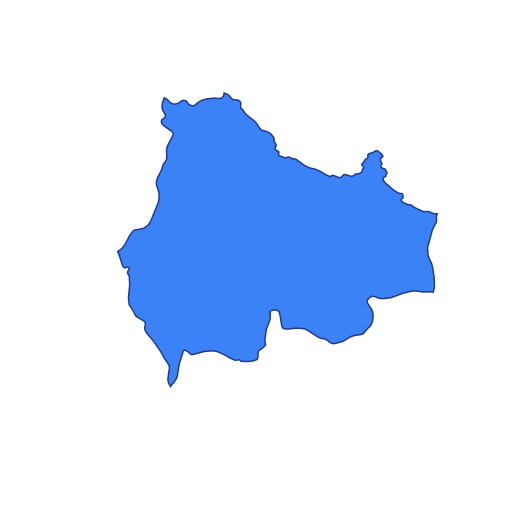 Ouham-Pendé, Mercator projection, rotated 305°
{"feature_id": "CAF-805", "entity_name": "Ouham-Pendé", "entity_type": "Prefecture", "adm_level": 1, "iso_a3": "CAF", "parent_name": "Central African Republic", "parent_adm1": "", "projection": "mercator", "projection_center": [16.39, 6.719], "detail": "fine", "context": "isolated", "style": "filled", "palette": "blue", "viewbox_px": 512, "rotation_deg": 305, "n_neighbors": 0, "source": "natural_earth", "source_scale": "10m", "svg_char_len": 5537}
<svg xmlns="http://www.w3.org/2000/svg" viewBox="0 0 512 512"><g transform="rotate(305 256 256)"><path d="M332.9,90.1L333.2,91.3L333.2,92.6L333.2,94.0L332.4,98.4L333.0,101.0L334.6,103.2L336.9,104.9L338.4,105.5L339.8,105.9L341.0,106.4L342.2,107.7L342.9,109.7L342.6,111.2L342.0,112.7L341.7,114.5L342.3,117.6L343.8,119.2L349.3,120.8L352.7,122.5L356.0,125.1L361.3,131.1L364.4,136.3L366.4,137.6L369.7,137.3L370.8,136.7L371.1,136.4L371.4,136.9L372.1,140.2L372.1,141.0L371.0,145.9L370.9,147.2L371.1,148.2L372.7,150.3L373.4,152.0L373.5,153.1L373.4,154.1L373.2,154.8L372.8,155.5L372.4,156.0L371.8,156.4L369.9,157.4L369.2,157.9L368.7,158.8L368.1,160.2L368.1,161.8L367.6,163.0L366.9,164.4L366.5,165.6L366.2,167.4L365.6,177.8L365.3,179.2L362.8,185.7L362.4,187.5L362.4,188.9L363.6,191.6L364.0,193.3L364.6,196.4L364.5,197.9L364.2,199.3L363.3,202.3L362.8,203.2L362.3,203.6L360.6,204.9L360.1,205.5L359.7,206.2L359.0,208.2L358.6,208.8L358.0,209.2L357.3,209.4L356.5,209.4L355.6,209.6L354.7,210.1L354.3,210.9L354.2,211.9L354.6,214.3L354.3,215.1L353.7,215.5L353.1,215.6L352.7,215.8L352.3,216.1L351.7,217.0L351.6,217.7L351.8,218.7L352.2,219.8L352.5,221.8L352.8,223.0L353.2,223.8L353.8,224.3L354.3,224.7L355.0,225.0L355.6,225.7L356.1,226.7L356.6,230.1L356.9,231.0L357.8,232.1L358.1,232.8L358.2,233.6L358.0,243.8L358.5,247.6L359.0,249.6L361.1,254.7L362.2,260.1L362.5,265.2L363.1,269.5L363.7,271.3L364.4,271.8L365.2,271.8L366.0,272.5L366.6,273.7L367.6,278.2L368.0,279.4L368.4,279.9L369.0,280.4L369.7,280.6L372.3,281.1L373.0,281.4L373.5,281.9L373.9,282.5L374.5,284.0L375.8,287.9L376.0,288.3L376.4,288.8L376.8,289.2L377.4,289.7L378.0,290.0L379.6,290.2L380.2,290.5L380.7,291.0L381.5,292.1L382.0,292.7L382.5,293.1L383.1,293.5L384.5,294.1L385.2,294.3L385.9,294.4L386.6,294.2L387.9,293.7L388.6,293.5L390.0,293.6L390.5,293.3L390.8,292.9L391.0,291.4L391.2,290.7L391.6,290.2L392.2,289.9L393.0,290.0L393.6,290.2L394.3,290.5L395.0,290.5L396.4,290.1L397.1,290.1L397.6,290.2L398.1,290.4L398.7,290.7L399.5,290.9L400.2,291.0L401.0,290.9L401.6,290.6L402.7,289.8L403.4,289.5L404.1,289.6L404.7,289.9L405.2,290.4L405.8,290.8L406.4,291.2L407.3,292.2L407.8,292.6L408.3,292.7L409.4,293.0L410.3,293.4L411.0,294.0L411.7,295.0L411.9,296.0L411.5,300.5L411.3,301.3L411.0,302.0L410.6,302.6L410.1,302.9L409.4,302.8L408.9,302.4L408.3,302.1L407.7,302.2L407.0,302.4L405.9,303.2L404.9,304.2L403.9,306.2L403.4,306.5L402.8,306.5L402.2,306.4L401.5,306.4L400.9,306.8L400.5,307.6L400.4,309.1L400.6,310.1L401.2,311.4L401.2,312.2L400.8,312.8L400.3,313.5L399.6,315.3L399.1,315.7L398.6,315.8L397.9,315.7L397.5,315.6L397.0,315.7L396.1,316.5L395.6,316.6L395.2,316.4L394.6,316.0L394.0,315.7L393.3,315.5L392.6,315.6L392.0,315.9L391.5,316.5L391.1,317.0L390.5,318.4L390.0,319.9L389.8,321.5L389.7,324.2L389.3,326.3L388.9,331.4L389.2,336.0L389.5,337.2L389.8,338.0L390.7,339.6L390.8,340.3L390.5,340.9L389.0,342.4L388.5,342.8L387.8,343.0L387.1,342.9L386.4,342.6L385.7,342.6L385.0,342.9L384.4,344.4L384.2,345.5L384.3,346.6L385.3,351.1L386.2,352.7L386.8,354.0L386.8,355.1L386.6,356.6L386.6,357.6L387.9,365.9L388.3,367.4L388.7,368.4L389.2,368.9L389.7,369.4L390.5,370.5L390.9,371.1L391.4,372.1L391.8,373.5L392.4,376.3L393.3,378.8L394.5,380.1L391.1,381.5L389.7,382.8L388.5,383.6L387.2,384.3L379.3,385.3L361.6,391.5L355.8,395.9L353.3,399.3L350.7,404.0L348.6,406.5L340.4,414.4L333.2,419.8L328.1,421.9L325.3,417.4L322.3,413.5L319.0,406.8L316.9,404.1L310.0,397.9L299.6,390.8L295.0,385.8L292.7,382.7L291.6,380.0L291.2,377.6L290.1,374.7L288.2,373.3L286.0,372.6L283.9,372.6L282.4,373.2L281.3,374.6L278.3,381.8L276.8,383.9L274.7,385.8L272.2,387.4L269.4,388.8L266.4,389.6L263.5,389.7L260.2,389.0L257.9,388.7L254.6,388.6L253.6,388.3L252.0,387.1L247.5,382.4L243.6,379.6L240.2,378.0L237.1,376.8L235.3,375.8L229.3,370.6L228.1,368.9L227.6,366.8L227.8,361.0L227.5,359.8L225.8,356.4L225.2,353.7L224.7,340.9L224.2,337.7L222.3,333.9L219.6,329.9L214.8,324.4L212.9,321.6L212.3,319.7L212.9,318.3L214.1,316.6L221.8,309.2L223.5,306.8L223.7,304.4L222.2,301.6L219.9,299.7L218.7,299.4L218.0,299.7L217.6,300.3L217.1,300.7L216.2,301.2L213.5,303.1L211.8,304.0L201.6,306.6L192.7,311.2L190.4,313.0L188.7,314.9L185.8,314.6L184.3,314.2L180.1,312.5L176.8,313.7L174.4,315.6L172.0,316.3L168.7,314.1L165.1,310.1L161.4,304.7L161.2,303.8L161.4,302.8L161.4,301.9L160.9,301.1L159.4,299.8L158.8,299.0L158.5,298.2L158.3,296.6L157.7,294.4L157.5,293.2L157.3,291.6L157.2,288.0L156.0,281.3L155.4,279.0L154.3,276.4L151.8,272.7L148.0,268.3L139.7,261.3L138.3,259.7L138.1,258.7L138.5,255.1L138.5,253.5L138.1,251.8L137.4,251.1L136.4,251.0L122.8,255.3L112.6,260.4L111.3,260.8L109.7,261.1L105.7,261.3L102.5,260.9L100.1,260.9L101.6,257.5L103.6,255.2L105.9,253.7L114.5,249.4L116.3,247.9L117.3,245.9L119.8,239.3L122.8,233.3L127.5,220.8L129.8,211.9L130.8,209.2L132.3,206.8L133.6,205.9L136.9,204.4L138.1,202.9L138.5,201.5L137.8,193.1L138.0,191.7L138.7,190.1L140.7,186.8L143.4,180.0L146.6,177.2L148.7,175.4L159.7,169.2L166.5,164.0L167.0,163.2L168.2,160.8L169.0,160.0L169.9,159.8L172.6,159.6L173.2,159.5L173.6,157.6L170.8,155.0L171.3,152.7L179.0,142.3L180.2,140.2L185.1,141.8L190.3,142.1L200.7,140.7L207.0,141.2L214.3,148.1L219.8,150.0L224.9,149.6L243.7,145.3L246.3,144.2L250.9,141.4L253.0,139.3L256.2,134.9L258.2,132.8L260.6,131.4L263.8,130.4L272.9,129.2L277.7,127.5L281.0,127.6L284.1,127.2L286.9,125.4L291.9,121.6L294.9,120.4L307.5,118.7L309.2,117.5L309.8,115.5L309.8,105.6L310.6,102.6L312.7,100.8L314.3,100.8L315.6,101.5L317.0,101.9L319.0,101.4L319.9,100.3L321.6,96.5L322.5,95.1L324.8,93.1L327.3,91.8L332.9,90.1Z" fill="#3b82f6" stroke="#1e3a8a" stroke-width="1.5"/></g></svg>